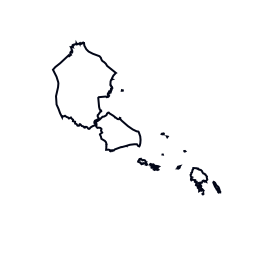 Kayong Utara, Kalimantan Barat, Indonesia (orthographic projection), rotated 243°
{"feature_id": "22746128B56151469580770", "entity_name": "Kayong Utara", "entity_type": "district", "adm_level": 2, "iso_a3": "IDN", "parent_name": "Indonesia", "parent_adm1": "Kalimantan Barat", "projection": "orthographic", "projection_center": [109.449, -1.248], "detail": "fine", "context": "isolated", "style": "outline", "palette": "ink", "viewbox_px": 256, "rotation_deg": 243, "n_neighbors": 0, "source": "geoboundaries", "source_scale": "gbopen_adm2", "svg_char_len": 5890}
<svg xmlns="http://www.w3.org/2000/svg" viewBox="0 0 256 256"><g transform="rotate(243 128 128)"><path d="M182.6,142.2L192.8,137.6L195.4,137.4L197.6,136.6L199.3,135.6L201.0,135.4L202.9,135.7L204.9,135.2L210.1,130.4L214.0,127.6L217.1,126.6L221.3,126.5L223.7,127.4L224.1,126.7L224.5,126.7L224.5,126.3L224.1,125.9L224.2,124.6L224.9,124.5L224.7,124.1L225.2,123.7L224.7,123.3L225.2,123.3L225.1,122.9L225.7,121.8L225.5,121.3L226.4,120.4L226.8,120.4L226.0,119.9L226.5,119.4L226.8,118.0L226.4,117.2L227.0,116.9L227.0,116.4L225.9,115.9L225.9,115.4L225.5,115.4L226.0,115.0L225.6,114.2L225.9,113.8L224.3,113.7L223.7,113.4L222.7,113.5L222.1,112.6L221.5,113.1L221.0,112.9L220.7,112.4L221.9,111.8L221.6,111.1L220.7,110.4L219.1,110.4L219.2,109.4L218.5,109.4L218.8,109.4L218.7,108.5L219.1,108.6L219.2,108.1L219.7,108.1L216.5,96.9L215.3,90.9L214.0,87.6L206.2,87.6L200.8,86.7L199.3,86.2L196.1,84.2L189.0,78.3L181.3,75.0L176.8,74.8L171.9,74.2L167.5,74.2L168.4,74.9L167.5,76.0L167.5,77.4L165.7,78.3L164.7,79.3L163.3,79.7L163.3,81.9L161.8,82.1L160.3,82.8L159.1,82.0L157.6,83.7L156.0,82.9L154.9,83.9L153.0,84.1L152.3,85.3L152.6,85.9L153.2,86.4L153.3,86.9L152.6,87.3L150.8,87.7L149.6,89.0L148.2,89.3L147.9,89.9L148.4,90.4L148.0,91.3L147.1,92.0L145.7,92.2L145.0,92.7L144.8,93.3L145.5,94.9L145.7,97.2L145.4,100.2L146.5,100.8L147.8,100.3L148.8,100.9L149.5,101.9L149.4,105.2L150.2,106.4L151.4,106.2L152.4,106.3L153.3,107.0L153.3,107.5L155.1,110.8L155.0,111.7L155.8,112.0L156.2,111.4L157.7,111.3L159.9,111.8L168.4,115.2L168.7,116.0L166.2,122.3L165.8,122.8L165.2,123.0L165.2,123.7L164.7,124.1L164.8,124.7L165.2,124.6L165.3,125.5L165.6,125.5L165.8,125.9L166.8,125.1L167.8,125.7L167.6,127.3L168.0,127.2L168.3,127.6L168.7,127.2L169.3,128.0L168.9,129.2L168.2,129.3L168.7,129.8L169.5,130.0L169.3,130.5L169.6,130.8L169.9,130.4L170.7,130.7L170.8,132.2L171.7,132.3L171.8,132.0L172.3,131.9L173.4,132.2L173.6,131.8L174.3,131.8L177.5,133.7L178.6,135.0L178.5,136.0L178.8,135.7L179.4,136.1L181.3,138.7L182.3,141.4L182.6,141.6L182.6,142.2ZM121.4,100.4L118.5,98.6L117.6,100.7L116.7,101.8L116.3,102.0L115.5,101.6L115.1,102.0L115.5,102.7L115.5,103.4L114.8,103.6L115.0,104.5L114.4,105.0L114.9,106.5L114.1,113.4L113.8,113.7L112.8,118.5L112.4,118.8L112.7,119.1L112.2,122.0L110.6,126.4L109.4,128.6L107.4,128.9L106.5,129.7L107.1,130.6L108.9,132.1L111.7,133.8L115.0,135.1L119.4,135.7L120.1,135.6L121.1,134.2L124.5,131.6L129.7,128.8L137.9,125.5L139.9,125.2L140.4,125.6L140.7,125.3L140.1,124.8L139.9,124.0L140.7,122.8L143.3,121.5L143.4,121.2L144.0,121.2L145.7,120.4L149.5,118.1L150.4,117.9L150.7,117.4L150.4,115.9L149.4,114.9L149.1,113.7L149.1,111.6L149.6,110.4L148.4,106.7L148.0,104.0L148.1,103.0L148.8,102.4L148.6,102.1L146.0,101.8L144.9,101.3L144.0,100.4L143.5,100.4L142.0,100.8L141.5,102.3L140.5,103.5L139.1,103.9L137.8,102.7L135.6,102.9L135.3,100.6L134.9,100.0L132.7,100.0L130.4,99.4L127.1,101.5L125.5,101.9L123.7,101.6L123.3,101.2L122.9,101.4L121.8,100.4L121.4,100.4ZM53.3,160.6L52.6,160.7L52.7,162.2L51.6,163.3L51.0,164.3L50.3,164.1L50.3,163.5L50.0,163.3L48.9,164.8L48.4,164.6L48.5,163.8L47.4,164.4L47.1,163.8L46.7,163.7L46.6,163.4L47.0,163.3L46.3,162.6L45.7,162.9L45.9,163.5L45.2,163.6L45.2,164.2L44.7,164.6L43.9,164.3L42.4,164.7L41.4,165.8L42.1,166.1L42.5,165.8L43.3,165.7L43.4,166.3L42.2,167.0L44.4,166.8L45.4,166.0L46.9,166.1L46.9,166.4L45.9,166.4L45.5,166.7L46.3,168.2L45.7,168.8L46.3,169.7L46.4,170.3L46.9,170.5L46.9,171.4L46.6,171.8L45.7,171.9L45.9,172.5L45.6,172.9L45.0,172.8L44.5,173.2L45.5,173.4L46.0,175.2L48.2,175.7L48.9,176.3L50.4,175.9L51.4,175.9L51.7,175.5L52.5,175.4L53.2,174.5L54.7,174.2L55.8,174.4L57.6,173.8L58.6,172.4L59.9,172.2L60.3,171.6L60.2,171.2L60.9,171.0L62.7,168.0L61.5,167.1L61.4,166.5L59.4,164.9L59.4,164.1L58.2,163.4L57.9,162.5L56.4,162.1L55.7,162.2L55.2,162.6L55.2,162.0L54.7,161.5L53.7,161.8L53.5,161.3L53.7,160.9L53.3,160.6ZM93.4,121.7L91.9,122.9L91.7,123.4L90.7,123.3L90.5,123.7L89.6,123.7L89.3,125.0L89.8,125.2L89.7,125.8L88.7,127.0L88.5,127.7L89.1,127.9L89.3,128.3L89.4,128.1L90.2,128.5L91.4,128.4L92.3,127.6L92.6,126.3L93.6,125.9L93.9,125.3L94.3,125.4L94.3,123.1L94.0,122.3L93.4,121.7ZM36.4,178.9L34.5,179.1L33.6,179.9L33.1,179.3L32.8,179.7L31.9,179.4L31.5,179.9L31.4,179.6L30.7,180.1L30.2,179.3L29.8,179.2L29.3,179.5L29.8,180.1L29.5,180.8L29.0,181.1L29.3,181.3L31.0,181.2L31.4,181.5L33.6,181.8L34.8,181.7L35.5,181.2L37.2,180.7L39.5,180.7L40.6,180.3L41.1,179.9L40.8,179.3L40.3,179.2L36.4,178.9ZM80.7,133.3L80.1,133.4L80.0,136.4L79.5,137.2L79.6,138.1L80.3,137.5L81.4,136.0L81.5,134.7L82.1,134.9L82.6,134.0L82.3,133.7L81.7,133.7L81.3,134.2L80.7,133.3ZM82.0,130.9L81.5,131.4L81.5,132.0L82.0,132.7L82.4,132.8L82.7,133.7L83.4,133.5L83.6,134.3L84.0,134.2L84.3,133.8L84.3,132.5L83.3,131.5L82.0,130.9ZM69.4,155.0L69.3,153.9L68.9,154.5L69.0,155.3L69.5,155.5L69.3,156.1L69.6,156.4L70.3,156.3L70.3,156.8L70.4,157.0L70.8,155.0L70.3,154.3L69.4,155.0ZM79.5,133.3L77.7,134.7L77.5,135.7L77.1,135.7L77.1,136.2L78.3,135.9L78.5,135.2L78.9,135.0L79.9,133.6L79.5,133.3ZM39.9,165.1L38.7,165.2L38.4,166.8L39.9,166.4L39.9,165.1ZM107.5,155.7L107.3,155.2L107.0,155.4L106.7,155.8L106.8,156.4L106.1,157.0L106.7,157.4L107.0,157.3L107.1,157.0L106.8,156.8L107.5,155.7ZM35.8,165.5L35.5,164.4L35.0,164.4L34.8,164.6L34.9,165.2L35.8,165.5ZM79.3,132.1L78.5,132.7L78.5,133.2L79.3,133.0L79.5,132.5L79.3,132.1ZM87.5,127.6L87.2,127.2L86.6,127.8L86.7,128.3L87.5,128.4L87.5,127.6ZM95.1,124.3L94.9,123.7L94.7,123.6L94.6,124.6L94.9,124.9L95.1,124.3ZM164.5,139.8L164.0,139.4L163.6,140.3L163.9,140.5L164.5,139.8ZM81.7,168.3L81.9,167.7L81.6,167.6L81.2,167.9L81.2,168.5L81.7,168.3ZM43.3,163.2L43.1,163.0L42.0,163.4L43.1,163.6L43.3,163.2ZM40.1,163.1L39.4,162.7L39.4,163.2L40.1,163.1ZM102.8,158.8L102.0,158.8L102.3,159.4L102.8,158.8ZM89.3,147.2L88.7,146.7L88.5,147.0L89.3,147.2ZM85.8,131.6L85.7,131.4L85.6,131.7L85.2,131.5L85.3,132.0L85.8,131.6ZM37.3,166.5L37.3,166.0L36.8,166.9L37.3,166.5Z" fill="none" stroke="#020617" stroke-width="2"/></g></svg>